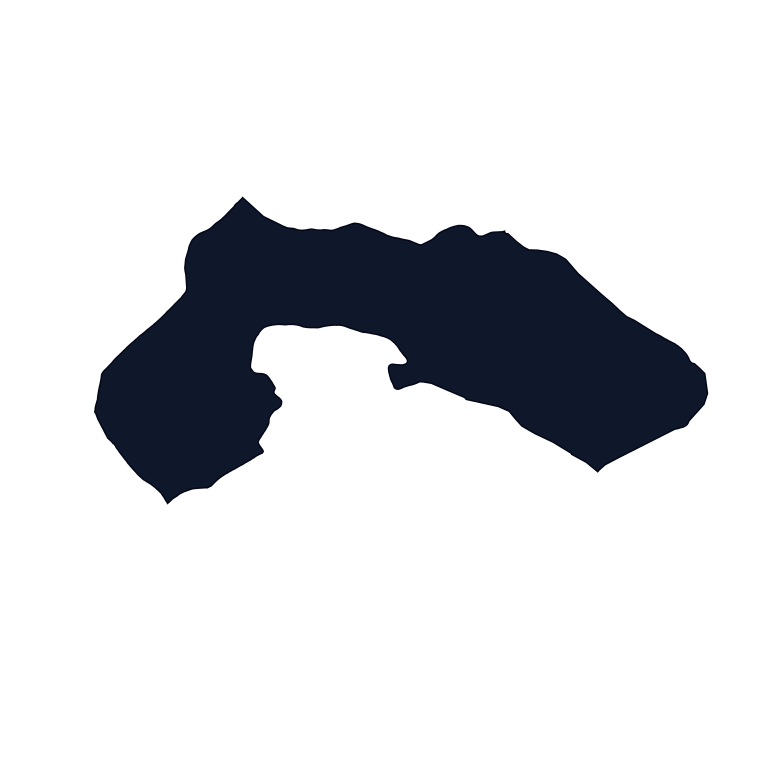 Ad Dali', Al Dali', Yemen, rotated 317°
{"feature_id": "15242507B7990209689369", "entity_name": "Ad Dali'", "entity_type": "district", "adm_level": 2, "iso_a3": "YEM", "parent_name": "Yemen", "parent_adm1": "Al Dali'", "projection": "orthographic", "projection_center": [44.686, 13.714], "detail": "fine", "context": "isolated", "style": "filled", "palette": "ink", "viewbox_px": 768, "rotation_deg": 317, "n_neighbors": 0, "source": "geoboundaries", "source_scale": "gbopen_adm2", "svg_char_len": 6171}
<svg xmlns="http://www.w3.org/2000/svg" viewBox="0 0 768 768"><g transform="rotate(317 384 384)"><path d="M576.4,354.5L574.3,353.4L567.0,347.2L565.7,346.4L564.0,345.7L557.5,343.4L555.9,342.3L554.2,340.5L553.5,338.5L553.3,336.7L553.3,330.9L553.1,328.9L552.7,327.0L551.7,325.2L550.8,323.5L549.5,321.8L548.0,320.3L546.4,318.8L543.0,316.8L540.9,315.8L539.0,314.9L535.3,313.7L533.5,313.0L531.4,312.2L527.6,311.3L525.6,311.2L523.7,311.2L521.7,311.4L519.6,311.3L517.2,311.1L515.4,310.6L506.1,307.8L504.6,305.9L500.2,296.3L498.8,294.4L496.4,291.1L495.3,289.5L494.3,287.8L493.2,286.3L491.9,284.7L490.7,283.0L489.6,281.3L488.8,279.6L487.6,277.6L486.9,275.6L486.3,273.7L485.4,271.8L484.7,270.1L484.0,268.3L482.2,264.6L480.8,262.1L478.3,257.0L476.8,253.3L475.6,250.9L474.4,249.1L472.9,247.3L471.6,246.0L469.7,245.0L466.0,243.4L464.1,242.6L458.8,239.9L457.0,239.3L453.1,237.6L451.3,236.7L449.8,235.4L448.6,234.0L447.4,232.5L446.0,231.1L444.7,229.8L442.9,228.6L440.0,225.7L437.6,222.5L436.4,221.1L434.9,220.0L433.3,219.1L431.7,218.0L429.9,216.6L428.4,215.3L426.8,213.5L425.7,212.0L424.8,210.2L423.8,208.5L421.0,205.4L419.7,203.9L418.8,201.9L417.8,199.7L410.0,179.3L407.7,151.2L406.5,151.5L404.1,151.5L401.4,151.7L399.3,151.4L397.2,151.5L395.1,152.1L392.7,152.2L390.8,152.2L388.9,152.4L386.8,152.4L384.7,152.6L382.8,152.7L376.8,152.7L375.0,152.5L373.0,152.3L370.9,151.9L368.9,151.9L365.2,151.9L363.0,151.8L361.1,151.4L359.0,150.9L357.2,150.2L355.2,149.5L352.8,148.6L350.7,148.1L348.4,147.8L346.4,147.7L344.5,147.7L342.1,147.9L339.8,148.6L335.8,150.3L334.0,151.4L332.4,152.6L323.9,157.6L317.3,163.5L315.2,166.4L313.8,168.8L305.2,179.4L302.8,181.1L300.7,181.7L298.7,182.0L296.6,182.2L294.6,182.7L292.6,182.7L290.6,182.8L287.8,182.9L285.7,182.9L282.2,183.2L280.3,183.2L278.0,183.3L274.0,183.3L272.2,183.6L269.9,183.6L268.0,183.7L259.3,183.7L257.5,183.5L255.3,183.6L252.5,183.3L250.5,183.2L247.7,182.9L245.4,182.9L240.7,182.6L238.5,182.3L234.2,182.3L232.4,182.2L229.5,182.2L227.4,182.0L225.6,182.0L220.9,182.0L218.5,182.1L216.4,182.1L214.2,182.2L212.2,182.2L210.2,182.3L207.1,182.3L203.8,182.4L201.8,182.6L199.9,182.9L191.3,183.4L188.8,183.4L186.5,183.7L184.1,184.4L182.3,185.9L180.8,187.2L177.6,189.5L176.0,190.7L174.4,191.7L171.2,194.0L169.3,195.5L167.3,197.0L165.5,198.5L163.9,200.0L162.0,201.1L158.4,203.3L157.2,204.1L153.3,207.4L153.1,209.1L150.9,214.4L145.1,235.2L145.5,240.2L145.3,242.3L145.7,244.3L145.3,246.4L144.8,248.3L144.6,250.3L144.2,252.6L144.0,254.5L143.8,256.6L143.6,258.8L143.2,262.6L143.1,265.0L142.7,266.9L142.7,268.8L142.5,271.3L142.5,273.3L142.4,275.6L142.4,279.5L142.3,281.5L142.4,284.0L142.9,289.9L143.5,291.8L143.9,293.6L145.0,297.3L145.4,299.4L145.7,301.3L146.1,303.8L146.2,306.0L146.5,308.2L146.5,310.2L146.6,312.0L146.2,314.1L145.9,316.3L144.9,320.8L144.6,322.7L144.3,323.7L146.3,323.8L148.5,323.8L150.3,323.7L152.3,323.9L154.3,324.3L156.4,324.7L158.4,324.8L160.4,325.2L164.5,326.4L166.2,327.2L169.7,328.7L171.4,329.4L173.2,330.5L174.7,331.6L179.2,335.2L181.0,336.7L182.6,338.0L184.0,339.4L188.4,340.7L190.8,340.5L193.2,340.4L197.1,340.4L201.1,340.7L202.9,341.0L207.0,341.7L209.0,342.3L211.0,342.6L212.7,343.1L214.7,343.5L216.5,344.1L220.5,345.0L222.5,345.4L224.3,346.0L226.7,346.6L228.6,346.9L231.0,347.5L232.8,347.9L234.6,348.4L236.5,348.6L238.8,349.2L240.8,349.3L244.5,350.3L248.1,351.5L249.8,350.9L250.4,348.9L250.9,344.8L251.3,342.9L251.8,341.1L253.8,339.8L255.7,339.2L257.5,338.8L259.5,338.2L261.7,337.7L263.4,337.2L265.3,336.9L267.0,336.3L270.9,335.1L272.6,334.3L274.2,332.9L275.5,331.6L277.0,330.5L279.8,329.5L281.7,329.1L285.7,328.6L287.4,329.1L289.5,329.5L291.5,329.6L293.5,329.6L296.0,328.2L297.4,326.7L297.8,324.7L297.8,322.6L297.4,320.8L297.2,318.9L297.1,316.4L297.8,314.6L299.7,313.8L301.6,312.7L302.2,310.7L302.6,308.5L303.2,306.3L303.9,301.3L304.1,299.2L304.0,297.3L303.3,295.5L302.2,293.8L300.9,292.3L299.6,291.0L298.2,289.5L297.2,287.9L296.6,285.8L297.2,281.4L298.4,279.8L300.0,278.3L301.7,277.0L303.3,275.7L305.1,274.4L306.8,273.0L309.8,270.3L312.0,268.5L313.4,267.2L315.3,265.8L317.4,264.5L319.5,263.6L321.6,262.7L323.8,262.1L325.7,261.9L327.6,261.2L329.5,260.9L331.8,260.7L333.6,260.7L335.5,261.0L339.0,262.5L340.6,263.5L342.8,264.8L344.5,266.1L346.3,267.4L347.7,268.6L349.0,269.9L350.9,271.9L352.3,273.4L353.7,274.5L355.2,275.6L356.8,277.1L358.3,278.5L360.8,281.6L362.1,283.4L363.9,287.0L366.4,290.2L368.2,292.1L374.4,298.0L377.8,299.9L380.0,301.2L383.1,303.3L386.4,305.8L387.9,307.0L389.6,308.7L391.3,310.2L392.7,311.8L394.2,313.9L395.2,315.7L396.0,317.4L397.0,319.4L401.3,327.0L402.2,328.7L403.1,330.4L404.2,332.1L405.6,333.5L408.4,337.1L409.6,338.9L410.9,340.6L412.2,342.3L413.2,343.9L414.2,345.6L415.1,347.3L416.2,348.9L417.2,350.8L418.1,352.8L418.7,354.5L419.3,356.7L419.7,360.9L419.7,365.0L419.4,367.1L419.0,369.0L418.7,370.9L418.6,372.8L418.3,374.7L418.2,376.6L418.2,378.4L418.0,380.5L417.5,382.3L416.3,383.9L414.1,384.4L412.4,383.7L410.7,382.8L409.3,381.6L406.7,378.8L405.2,377.1L403.9,375.5L402.3,374.4L400.2,374.2L398.5,375.1L397.1,376.7L395.9,378.4L393.9,381.9L392.2,385.2L391.4,387.4L390.8,389.6L389.9,391.9L389.1,393.6L389.4,395.7L390.8,397.5L392.5,398.4L394.3,399.1L396.2,399.6L398.2,400.6L400.2,401.5L402.0,402.4L403.6,403.4L405.2,404.2L407.2,405.1L409.1,405.8L411.7,406.7L414.2,409.3L419.2,415.8L426.6,432.7L433.9,449.1L433.8,449.4L433.7,451.4L452.3,478.4L457.0,489.4L456.4,498.7L456.2,508.8L460.5,522.9L468.0,541.8L473.7,562.2L473.3,563.4L478.6,579.3L480.5,593.9L482.9,593.6L490.6,593.8L506.1,598.0L566.1,615.4L567.2,616.2L568.9,617.2L570.9,618.1L572.6,619.1L574.6,619.9L576.5,620.3L578.3,620.3L580.1,619.8L581.5,619.0L604.2,617.0L614.2,611.5L625.7,595.1L625.5,588.1L624.8,580.9L624.3,580.1L623.4,578.6L623.2,576.6L623.6,574.8L624.4,572.8L625.0,570.4L625.4,568.4L625.5,566.4L625.5,564.4L625.5,560.7L625.1,558.9L624.9,556.8L624.3,554.6L624.0,552.7L623.2,550.9L622.5,548.9L621.7,546.7L621.1,544.7L620.3,542.5L619.0,538.0L618.3,535.9L617.1,532.9L614.0,521.4L610.6,508.7L607.3,500.1L606.4,491.9L605.7,480.7L604.1,467.0L601.2,435.5L601.9,416.7L598.9,406.9L593.8,398.6L587.4,390.7L581.5,384.9L579.5,379.5L578.0,370.3L577.1,358.6L575.8,357.3L575.7,355.4L576.4,354.5Z" fill="#0f172a" stroke="#020617" stroke-width="1.5"/></g></svg>